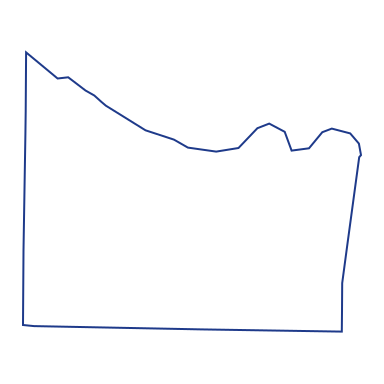 Morgan, Alabama, United States of America (Mercator projection)
{"feature_id": "52423323B17424718364121", "entity_name": "Morgan", "entity_type": "district", "adm_level": 2, "iso_a3": "USA", "parent_name": "United States of America", "parent_adm1": "Alabama", "projection": "mercator", "projection_center": [-86.8, 34.495], "detail": "fine", "context": "isolated", "style": "outline", "palette": "blue", "viewbox_px": 384, "rotation_deg": 0, "n_neighbors": 0, "source": "geoboundaries", "source_scale": "gbopen_adm2", "svg_char_len": 544}
<svg xmlns="http://www.w3.org/2000/svg" viewBox="0 0 384 384"><path d="M341.8,331.6L342.0,311.9L342.2,283.1L346.8,248.7L347.0,247.2L359.2,157.2L361.0,155.1L358.9,143.6L350.2,133.4L331.8,128.6L322.3,132.2L309.0,148.3L291.6,150.6L284.7,131.8L269.2,123.6L257.4,128.2L238.5,148.0L216.2,151.6L187.9,147.6L173.9,139.6L145.5,130.3L105.9,105.7L101.4,101.9L94.3,95.5L85.5,90.5L68.2,77.3L57.6,78.5L26.1,52.4L25.7,111.4L25.4,134.3L23.5,250.4L23.0,325.0L34.0,326.1L186.9,329.1L201.4,329.4L341.8,331.6Z" fill="none" stroke="#1e3a8a" stroke-width="2"/></svg>